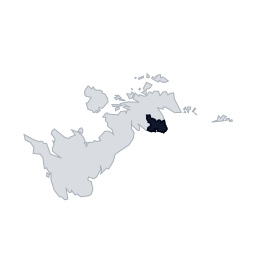 where Aberdeenshire sits in United Kingdom, rotated 72°
{"feature_id": "GBR-2013", "entity_name": "Aberdeenshire", "entity_type": "Unitary District", "adm_level": 1, "iso_a3": "GBR", "parent_name": "United Kingdom", "parent_adm1": "", "projection": "mercator", "projection_center": [-2.632, 57.223], "detail": "fine", "context": "in_parent", "style": "filled", "palette": "ink", "viewbox_px": 256, "rotation_deg": 72, "n_neighbors": 0, "source": "natural_earth", "source_scale": "10m", "svg_char_len": 6184}
<svg xmlns="http://www.w3.org/2000/svg" viewBox="0 0 256 256"><g transform="rotate(72 128 128)"><path d="M136.1,200.8L127.0,206.8L124.2,206.4L120.7,203.3L117.0,203.7L118.6,202.2L115.4,200.8L110.0,202.8L107.6,201.4L106.1,198.4L117.9,190.7L119.7,187.0L118.7,185.8L118.5,180.4L112.3,182.3L116.7,176.4L122.0,173.5L126.7,172.8L129.1,174.3L128.4,171.9L129.4,171.4L131.0,173.5L132.8,173.4L129.4,169.8L130.9,165.9L129.6,163.9L131.2,161.8L131.5,157.9L128.4,158.8L123.9,150.9L125.2,147.0L129.7,143.7L124.3,143.8L120.0,146.9L116.8,145.7L114.0,147.3L110.9,145.7L109.9,148.6L107.5,145.5L107.1,143.1L108.3,143.1L112.4,133.5L110.1,129.8L110.8,125.5L113.3,125.3L110.6,123.2L111.0,121.1L106.7,126.2L106.6,122.9L109.0,119.7L104.9,123.8L104.8,128.5L103.0,135.6L100.8,136.1L103.6,127.9L102.3,127.7L103.3,119.4L106.9,109.6L102.0,114.0L96.9,110.4L101.2,107.8L99.8,106.8L102.7,102.9L103.0,100.4L100.5,97.5L100.4,95.8L102.8,94.2L101.0,91.8L102.5,87.6L107.3,87.6L104.5,83.8L105.3,80.4L108.8,79.9L108.0,77.5L108.7,73.8L114.9,74.9L129.6,72.4L127.9,78.7L119.6,86.0L119.2,88.2L121.0,88.8L118.1,93.6L127.0,91.0L139.9,91.1L142.1,92.9L143.1,95.6L135.4,112.0L126.8,117.2L131.3,116.6L133.8,118.1L133.6,119.3L126.3,123.6L121.8,122.3L129.6,125.0L134.4,123.6L139.2,126.0L144.4,132.2L148.9,148.3L154.8,152.0L161.0,159.0L159.7,160.7L163.2,168.1L159.1,165.8L154.9,166.1L158.8,166.6L164.8,173.0L165.7,176.1L162.4,180.6L164.9,182.3L167.9,179.5L175.4,180.3L179.5,183.3L180.4,186.3L178.8,194.3L175.0,196.8L175.4,199.0L169.9,201.0L171.4,201.7L171.4,203.7L166.4,205.5L176.9,207.2L176.7,210.3L173.0,212.6L172.1,214.6L164.1,217.4L153.6,217.3L146.9,215.1L147.8,216.4L140.4,218.0L141.1,219.6L140.3,220.0L130.1,218.1L125.8,219.5L122.9,226.1L117.5,223.5L111.8,225.2L107.7,229.4L102.0,228.8L110.1,221.2L113.3,217.1L114.0,213.8L116.4,212.9L117.5,210.2L128.7,209.9L136.1,200.8ZM98.1,160.2L91.4,160.1L91.5,158.2L87.6,153.7L84.3,158.7L81.3,158.5L78.7,157.2L75.6,152.9L79.7,150.3L78.1,148.4L81.9,147.1L83.7,142.3L85.4,141.2L86.7,142.0L88.3,139.5L93.3,138.4L97.0,138.8L101.3,146.2L99.6,149.5L102.8,149.0L103.9,152.0L103.8,153.1L101.8,151.1L102.0,154.2L103.0,154.4L102.5,156.2L100.2,156.8L98.1,160.2ZM96.2,77.9L94.9,81.4L92.4,83.3L93.8,84.8L88.2,90.2L86.8,88.9L89.2,86.7L87.1,85.1L87.9,84.2L86.8,83.3L87.4,80.7L90.6,81.4L90.1,79.1L95.8,75.1L96.2,77.9ZM96.8,95.0L96.9,98.8L101.8,100.5L98.5,104.1L98.0,101.0L94.9,101.0L90.3,96.3L94.5,91.8L96.8,95.0ZM147.5,31.0L149.7,35.1L150.8,34.5L148.2,46.6L148.2,40.8L144.3,38.0L147.4,36.9L145.3,33.5L147.5,31.0ZM100.7,117.6L95.0,118.5L96.9,114.8L94.9,113.3L97.2,111.8L100.9,114.8L100.7,117.6ZM116.2,171.5L119.0,173.5L115.6,176.6L113.7,174.3L113.5,172.1L116.2,171.5ZM97.0,125.5L97.4,130.6L95.1,131.6L95.1,128.3L93.1,129.9L93.9,126.9L97.0,125.5ZM129.6,62.9L129.4,64.8L132.6,65.8L128.4,66.6L126.4,64.5L127.5,61.9L129.6,62.9ZM107.8,134.5L105.4,133.9L105.0,130.4L107.0,130.0L107.8,134.5ZM150.6,218.6L148.7,220.3L145.4,219.0L148.0,217.2L150.6,218.6ZM98.6,127.6L97.6,126.2L101.2,121.9L100.5,124.0L98.6,127.6ZM85.5,91.5L86.7,92.6L85.8,94.5L82.3,93.1L85.5,91.5ZM85.1,102.7L83.7,102.4L83.4,97.5L84.9,97.7L85.1,102.7ZM150.9,33.0L149.6,31.1L150.3,28.6L151.4,29.3L150.9,33.0ZM133.0,61.1L132.1,61.6L129.6,58.2L130.4,57.7L133.0,61.1ZM128.4,69.1L127.2,69.4L125.9,66.8L127.2,66.9L128.4,69.1ZM153.7,26.6L153.2,29.4L152.2,29.1L152.2,26.6L153.7,26.6ZM136.2,59.3L133.7,60.2L136.4,58.8L136.2,59.3ZM95.4,105.6L94.7,105.8L93.7,104.6L94.9,103.9L95.4,105.6ZM131.2,68.4L130.4,69.9L129.8,68.6L131.2,68.4ZM92.7,112.2L91.2,112.8L93.2,111.4L92.7,112.2ZM83.3,105.6L82.4,105.9L82.0,105.5L82.9,104.6L83.3,105.6Z" fill="#d9dde1" stroke="#a8b0b8" stroke-width="1"/><path d="M132.0,91.1L132.7,91.1L132.8,91.2L132.9,91.4L133.0,91.4L133.3,91.3L133.7,91.2L134.7,91.5L135.0,91.5L135.2,91.8L135.3,91.6L135.6,91.5L136.1,91.8L136.2,91.7L136.3,91.7L136.4,91.8L136.5,91.8L136.6,91.7L136.8,91.6L137.1,91.7L137.3,91.6L137.4,91.4L137.5,91.3L137.8,91.3L138.3,91.6L138.5,91.7L138.8,91.6L139.4,91.1L139.6,91.1L140.8,91.1L140.8,91.4L140.9,91.6L141.0,91.7L141.3,91.5L141.5,91.6L141.6,91.9L142.5,92.9L142.6,93.2L142.7,93.6L142.7,93.9L142.9,94.3L142.8,94.6L143.0,94.8L143.3,95.2L143.1,95.2L143.0,95.3L143.0,95.5L143.3,95.7L143.2,95.8L143.0,96.0L142.5,96.6L142.3,96.9L142.3,97.2L141.2,98.3L140.9,98.7L140.3,100.5L140.2,100.4L139.8,100.3L139.6,100.3L139.4,100.3L139.3,100.5L139.2,100.6L138.9,100.6L138.7,100.4L138.5,100.2L138.3,100.2L137.9,100.2L137.7,100.3L137.6,100.5L137.5,100.8L137.6,101.1L137.7,101.3L137.8,101.4L137.9,101.7L137.8,102.0L137.7,102.3L137.3,102.3L137.1,102.3L137.0,102.7L137.0,103.0L137.2,103.3L137.3,103.3L137.6,103.3L137.9,103.2L138.2,103.1L138.6,103.0L138.9,102.9L139.3,102.8L139.6,102.8L139.9,102.8L140.0,102.9L140.0,103.0L139.1,104.5L138.7,105.2L138.6,105.9L138.6,106.1L138.8,106.4L138.8,106.6L138.7,106.7L138.5,107.0L138.4,107.4L138.2,107.6L137.9,107.9L137.6,108.3L137.3,108.8L137.2,109.0L136.6,109.4L136.4,109.5L136.2,109.8L136.1,110.0L136.0,109.9L135.8,109.9L135.5,109.9L135.1,109.4L134.4,109.3L134.2,109.1L133.6,108.3L133.7,108.1L133.6,107.7L133.8,107.3L133.8,107.1L133.6,106.9L133.5,106.5L133.0,106.2L132.9,105.9L132.7,105.7L132.2,105.7L131.9,105.4L131.5,105.2L131.3,105.3L130.9,105.5L129.8,105.5L129.5,105.6L129.3,105.8L129.2,106.0L129.0,106.9L128.8,107.1L128.4,106.7L128.0,106.7L127.2,106.3L127.1,106.7L127.0,106.9L126.5,107.0L126.2,107.2L125.9,107.2L125.5,107.2L125.2,107.3L124.8,107.1L124.3,107.1L124.2,107.1L124.1,106.5L123.9,106.3L123.5,106.4L123.1,106.3L122.8,106.5L122.6,106.5L122.4,106.4L122.2,106.2L121.7,106.3L121.8,105.6L122.1,105.3L122.2,105.1L122.2,104.4L122.3,103.8L122.2,103.6L122.3,103.4L122.9,103.1L123.2,103.3L123.6,103.3L124.3,103.3L125.1,103.3L125.6,103.3L126.1,103.3L126.5,103.2L126.7,102.7L126.6,102.4L126.5,102.2L126.5,101.8L126.6,101.5L126.9,101.4L127.2,101.2L127.4,100.9L127.6,100.6L127.9,100.2L128.1,99.9L128.6,99.7L128.8,99.5L129.1,99.6L129.4,99.7L129.7,99.7L129.8,99.7L130.0,99.5L130.3,99.1L130.5,98.5L130.5,98.2L130.4,97.8L130.3,97.4L130.1,97.1L130.0,96.7L130.0,96.1L130.2,95.6L130.8,95.0L131.3,94.7L131.7,94.7L132.1,94.7L132.5,94.9L133.0,95.0L133.2,94.9L133.2,94.5L133.1,94.2L132.8,93.8L132.5,93.4L132.0,92.5L132.0,91.8L132.0,91.3L132.0,91.1Z" fill="#0f172a" stroke="#020617" stroke-width="1.5"/></g></svg>